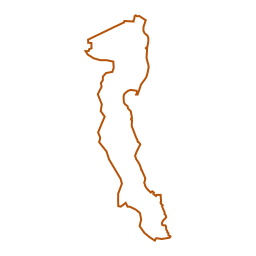 Al Gitaina, White Nile, Sudan (Natural Earth projection)
{"feature_id": "16777658B71030870448904", "entity_name": "Al Gitaina", "entity_type": "district", "adm_level": 2, "iso_a3": "SDN", "parent_name": "Sudan", "parent_adm1": "White Nile", "projection": "natural_earth1", "projection_center": [32.426, 14.401], "detail": "fine", "context": "isolated", "style": "outline", "palette": "amber", "viewbox_px": 256, "rotation_deg": 0, "n_neighbors": 0, "source": "geoboundaries", "source_scale": "gbopen_adm2", "svg_char_len": 2701}
<svg xmlns="http://www.w3.org/2000/svg" viewBox="0 0 256 256"><path d="M139.6,226.1L144.4,232.9L149.9,237.4L154.8,240.6L155.8,238.7L156.4,238.2L161.7,239.0L169.6,237.7L169.9,237.3L170.4,236.6L170.5,236.5L170.5,236.4L169.3,235.6L168.4,235.2L168.4,233.3L167.9,232.7L167.3,232.2L167.3,231.1L166.2,229.5L166.0,226.6L165.4,225.4L163.2,225.3L162.2,224.9L161.9,223.2L162.9,220.8L166.2,217.3L165.8,215.3L164.5,214.1L164.7,212.7L162.1,206.5L162.7,205.2L161.3,204.4L161.2,203.5L160.7,203.2L160.6,202.4L161.1,201.9L160.6,194.9L156.6,194.9L155.9,196.0L153.3,193.8L153.9,192.5L152.2,191.3L150.7,192.5L147.5,189.3L147.1,188.8L145.4,186.4L144.2,182.5L144.7,181.4L145.3,178.3L141.8,170.2L141.3,169.9L141.5,169.6L140.7,167.7L139.9,165.1L138.1,162.0L136.2,159.1L135.1,155.7L136.1,153.1L136.4,152.2L136.9,151.2L138.0,148.9L139.0,146.9L140.3,144.3L138.8,142.3L137.9,142.0L137.5,140.9L137.5,140.4L136.2,137.7L135.5,136.0L134.0,132.0L133.0,129.4L131.8,126.3L131.7,125.8L131.9,121.9L132.1,120.2L131.1,119.6L131.2,118.5L132.0,118.0L131.4,114.7L130.8,111.3L129.5,110.0L128.0,108.4L127.6,106.3L125.1,104.2L124.4,103.4L123.8,101.9L123.7,99.5L123.6,96.8L124.1,94.3L125.7,92.7L127.2,91.5L127.5,91.2L128.2,90.8L130.4,89.9L134.3,90.4L135.6,90.6L136.0,90.6L137.4,91.7L136.2,94.5L137.5,94.5L137.5,94.4L137.6,94.2L137.7,93.9L138.9,90.9L139.4,89.5L140.5,86.1L141.0,84.6L142.7,82.2L145.1,79.0L146.1,77.5L147.2,74.3L147.9,71.3L148.2,69.7L148.7,67.0L148.5,65.9L148.3,64.8L147.4,61.3L146.5,57.9L146.8,53.8L147.1,48.8L146.3,48.7L145.9,48.3L146.1,47.7L147.2,47.3L148.2,42.3L148.3,41.3L148.3,38.1L147.5,35.7L144.6,33.2L143.4,30.8L143.5,27.2L143.7,26.2L144.8,23.2L145.4,21.2L145.7,20.1L144.9,19.7L142.2,17.9L139.1,15.9L138.1,16.2L137.3,16.3L136.5,16.0L136.0,15.5L135.5,15.4L135.1,15.8L134.5,16.3L134.5,17.0L134.4,17.8L134.4,18.5L134.1,19.5L133.7,19.9L133.5,20.4L133.6,21.1L133.6,21.5L127.9,21.2L124.4,21.0L124.3,21.4L124.1,21.8L124.0,22.4L123.9,22.4L122.2,23.2L122.1,23.3L121.7,23.5L118.8,24.9L116.4,26.0L115.9,26.2L114.0,27.1L113.1,27.5L111.8,28.2L95.4,36.1L94.6,36.5L91.4,38.0L89.9,38.8L88.7,39.4L88.1,39.6L88.2,42.6L88.2,42.8L91.4,43.0L91.5,48.3L89.2,49.1L88.8,50.9L88.1,51.0L87.4,51.1L85.5,51.1L86.2,52.2L87.8,54.6L91.0,56.6L93.7,58.3L100.4,60.2L106.8,60.2L113.3,61.6L113.7,68.0L112.3,71.9L106.1,73.0L102.8,76.7L102.8,80.3L100.9,83.1L101.6,86.7L97.8,94.2L99.6,98.8L101.8,104.3L100.7,111.1L104.7,116.6L101.7,123.6L100.0,127.9L98.1,132.4L98.5,133.4L100.1,137.2L99.9,139.7L99.1,142.1L104.7,149.2L106.5,151.4L109.0,159.3L120.6,178.8L121.9,183.7L120.1,188.6L118.2,193.5L118.1,200.8L118.3,206.2L120.8,206.6L125.7,202.9L127.6,206.7L129.8,206.7L135.6,209.5L139.9,213.0L141.2,219.5L139.6,226.1Z" fill="none" stroke="#b45309" stroke-width="2"/></svg>